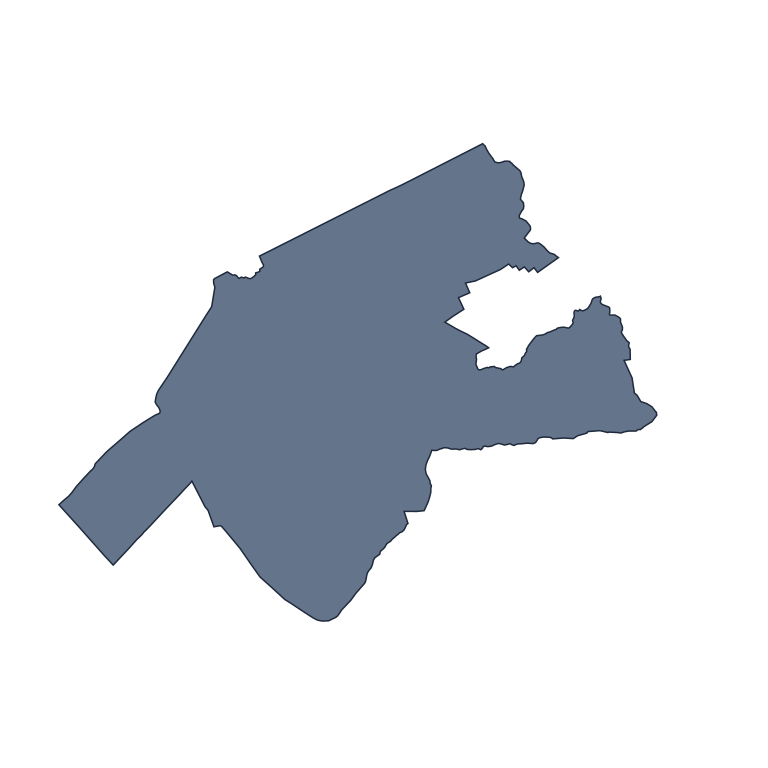 the district of San Lucas Tecopilco, Tlaxcala, Mexico, rotated 289°
{"feature_id": "50627088B19977946929791", "entity_name": "San Lucas Tecopilco", "entity_type": "district", "adm_level": 2, "iso_a3": "MEX", "parent_name": "Mexico", "parent_adm1": "Tlaxcala", "projection": "albers", "projection_center": [-98.249, 19.488], "detail": "fine", "context": "isolated", "style": "filled", "palette": "slate", "viewbox_px": 768, "rotation_deg": 289, "n_neighbors": 0, "source": "geoboundaries", "source_scale": "gbopen_adm2", "svg_char_len": 6171}
<svg xmlns="http://www.w3.org/2000/svg" viewBox="0 0 768 768"><g transform="rotate(289 384 384)"><path d="M158.2,201.9L162.9,204.2L166.0,205.3L167.8,206.3L173.6,209.0L194.1,218.1L212.6,226.6L218.6,229.2L228.9,233.9L229.6,234.0L209.8,254.6L207.1,258.9L193.6,269.7L196.6,275.1L196.7,276.4L193.3,282.3L181.7,301.4L169.7,317.7L161.1,329.7L156.3,341.2L147.9,360.5L146.4,367.0L142.0,384.0L139.8,393.0L139.2,396.9L139.2,398.9L139.7,402.6L142.1,408.8L147.8,414.5L149.8,415.7L153.2,416.7L156.6,417.5L168.6,423.0L176.8,425.5L189.1,430.5L190.3,430.8L191.9,430.8L196.8,430.1L199.1,429.8L201.4,430.1L203.5,430.7L205.3,431.5L207.1,431.8L209.6,431.8L214.2,431.4L216.5,431.8L218.2,432.9L221.0,435.0L222.1,435.5L223.7,435.0L225.3,435.4L227.3,436.7L229.8,437.9L231.3,438.1L233.6,438.6L235.0,439.4L237.3,441.3L239.9,442.3L243.0,444.2L244.9,445.1L246.4,446.3L248.2,447.0L250.4,449.4L252.7,450.5L255.3,450.9L258.3,451.1L259.9,452.1L270.1,444.5L274.3,456.8L277.3,463.2L286.5,464.1L291.6,464.0L297.0,463.5L300.1,462.4L303.3,461.9L305.3,459.8L307.4,459.0L310.1,456.1L312.7,453.2L316.4,451.0L321.2,450.0L326.1,450.1L329.7,450.6L334.2,450.8L336.9,450.7L337.7,453.9L338.5,455.7L340.9,458.3L342.0,460.1L343.1,461.0L343.8,463.1L344.3,465.2L344.3,468.5L344.9,470.5L346.0,473.3L346.3,475.4L346.4,476.9L347.7,478.5L349.5,481.4L349.2,484.1L350.2,487.5L351.7,491.3L353.6,494.1L353.3,496.8L354.0,497.4L355.7,498.1L357.1,498.2L358.2,499.6L358.5,502.3L359.5,504.6L361.0,506.8L362.4,508.1L364.5,510.7L365.3,512.7L365.5,517.8L367.1,520.5L368.5,522.3L368.2,525.0L368.2,527.0L369.7,528.4L371.2,530.6L371.9,532.7L374.7,538.7L376.2,544.5L378.0,546.4L382.8,547.6L384.1,549.1L385.7,551.9L387.3,557.0L387.7,559.4L387.0,561.4L391.4,571.4L394.0,580.8L398.1,583.9L403.6,591.8L405.4,592.3L410.2,603.4L411.0,611.5L411.7,612.2L413.8,619.4L414.8,623.9L415.9,625.5L416.8,626.5L418.4,629.3L418.8,629.7L421.6,637.7L423.3,638.8L424.0,639.9L424.3,641.2L427.0,643.0L428.3,643.6L435.6,649.6L443.4,652.1L444.6,651.3L445.9,650.9L446.2,650.0L449.7,644.7L451.0,639.0L451.0,632.5L455.7,627.1L457.0,623.7L470.5,616.6L484.5,603.3L487.4,608.9L497.2,605.3L498.3,603.7L500.1,602.7L502.7,602.5L503.1,602.0L503.3,601.1L503.8,600.4L503.8,599.8L504.0,599.3L505.7,597.2L507.1,595.1L509.6,592.0L510.2,591.6L510.9,591.5L512.6,591.8L514.9,591.2L515.9,590.6L518.9,588.0L519.8,587.3L521.7,586.8L522.6,586.3L523.1,585.6L523.6,584.2L524.3,580.6L524.3,579.6L522.9,575.9L522.8,575.2L523.0,574.7L523.3,574.4L525.2,574.2L528.8,572.9L529.5,572.4L529.8,571.9L530.0,571.2L530.2,565.1L530.5,563.7L530.9,562.9L531.7,562.0L532.2,561.8L533.5,561.6L535.0,561.6L535.8,561.3L537.5,560.0L536.7,559.3L534.9,555.8L533.7,554.5L532.4,553.6L531.5,553.4L528.6,553.5L527.4,553.4L523.8,552.6L522.4,552.2L521.4,551.7L520.6,551.1L519.0,549.5L518.0,548.3L517.8,547.8L517.8,546.4L518.2,544.8L516.8,544.3L516.4,544.0L516.1,543.6L516.2,541.5L515.8,540.7L515.2,540.4L514.2,540.3L513.0,540.5L510.5,541.7L509.4,541.9L507.9,541.9L505.9,541.6L505.3,541.7L503.5,542.9L502.5,542.9L499.4,541.8L497.8,541.0L497.0,540.4L496.8,539.6L496.3,535.7L495.4,533.4L493.9,530.7L492.8,529.4L492.3,529.3L491.6,528.9L490.6,527.5L487.3,524.0L486.3,522.4L485.0,521.1L483.7,520.1L482.0,518.0L479.4,512.6L478.1,511.9L474.6,510.5L467.5,508.2L464.6,507.8L464.0,507.5L462.9,507.5L462.4,507.7L461.7,508.3L461.2,508.3L460.7,508.2L459.4,507.7L457.2,507.5L456.2,507.3L453.7,505.8L450.9,506.2L449.1,505.9L448.3,505.6L447.7,505.1L446.6,503.6L445.2,502.8L444.6,502.1L443.2,501.4L442.4,500.8L442.1,500.4L442.0,498.7L441.8,497.9L439.8,495.0L438.9,494.1L436.3,492.0L436.0,491.5L436.5,489.5L436.5,488.6L436.3,487.9L436.2,486.5L435.9,484.3L436.0,483.7L436.3,483.1L436.5,482.5L436.3,482.0L435.5,480.8L435.3,479.7L434.4,478.5L433.7,478.0L433.3,477.5L433.3,476.3L433.1,475.8L432.4,475.0L430.8,472.8L429.5,471.5L428.8,470.5L428.5,469.6L428.4,468.9L428.5,468.2L428.8,467.7L430.0,466.9L431.7,465.2L432.7,464.4L437.4,463.5L439.2,462.5L440.5,461.9L441.4,461.7L442.4,461.7L442.6,461.7L447.4,465.9L449.3,468.1L452.3,471.2L453.0,469.1L458.1,447.0L459.0,439.4L459.9,433.4L462.3,421.4L470.5,427.2L480.7,435.2L489.9,426.3L498.2,435.4L506.0,428.2L511.2,436.9L523.8,450.1L529.9,456.6L538.0,462.8L535.8,467.7L538.8,470.4L535.6,474.9L540.4,478.6L537.2,484.3L542.8,488.0L539.5,492.9L560.3,507.8L561.0,505.4L562.0,502.8L561.9,499.7L561.9,498.3L562.1,497.6L563.2,495.0L565.7,490.6L567.4,485.9L567.6,484.9L567.6,484.1L567.4,483.1L566.3,481.6L565.2,479.4L564.9,478.2L564.8,476.9L564.9,475.7L565.3,474.0L567.7,469.1L574.7,471.4L576.9,472.2L578.4,472.1L580.8,470.9L582.1,468.9L584.3,465.4L585.1,460.8L585.0,458.2L587.0,457.0L591.4,457.7L594.1,458.4L594.8,458.8L597.6,458.3L600.8,456.8L603.2,452.8L607.5,452.2L611.3,452.3L617.6,451.8L620.6,450.4L625.3,446.4L628.0,445.0L629.9,443.1L633.2,434.8L634.4,432.8L634.8,431.0L635.4,430.6L634.9,428.1L633.9,425.4L632.0,423.1L630.8,421.2L630.5,420.3L630.1,418.3L630.0,416.9L630.3,416.2L631.2,415.1L631.6,414.4L632.1,414.2L636.1,408.3L639.0,404.9L642.0,402.1L642.5,400.6L643.4,399.1L581.1,339.0L574.5,332.4L569.0,326.5L464.4,224.6L459.4,228.9L457.5,231.1L456.8,231.5L456.3,231.7L455.7,231.6L454.8,231.3L452.2,229.2L451.7,229.2L450.4,229.8L450.0,229.8L449.7,229.6L448.1,227.7L447.5,226.6L447.1,226.5L446.7,226.6L446.2,226.9L445.6,227.1L445.1,227.0L443.0,225.8L441.1,224.4L440.3,223.7L440.0,222.7L439.8,221.8L440.0,218.2L439.7,217.8L439.0,217.4L438.7,217.0L438.6,214.3L436.9,212.8L436.7,212.4L436.8,211.9L438.5,209.1L438.6,208.2L438.7,207.6L437.8,206.0L437.7,205.4L439.0,199.3L428.4,189.4L427.1,188.9L425.9,189.3L423.5,190.3L421.0,192.2L419.7,192.8L418.4,192.9L402.7,195.6L400.9,195.8L400.1,195.7L391.4,193.5L319.9,176.9L304.6,172.8L301.9,172.5L300.2,172.4L298.1,172.6L294.6,173.1L292.9,173.4L292.2,173.7L290.4,175.7L288.8,178.1L287.3,179.8L285.7,181.0L284.8,181.4L284.0,181.4L283.3,181.2L282.7,180.7L281.7,179.6L279.6,177.4L274.6,173.3L268.6,168.4L258.2,160.5L256.4,159.2L253.6,157.6L245.3,152.9L231.4,144.8L228.5,143.3L215.4,137.3L214.6,137.0L213.8,136.9L212.3,137.1L211.2,137.0L208.4,136.2L206.3,134.9L197.9,131.1L187.0,126.5L179.6,124.2L175.3,122.4L169.4,118.9L164.0,115.9L148.7,143.6L130.8,175.3L124.6,186.9L145.9,196.5L157.8,201.5L158.2,201.9Z" fill="#64748b" stroke="#1e293b" stroke-width="1.5"/></g></svg>